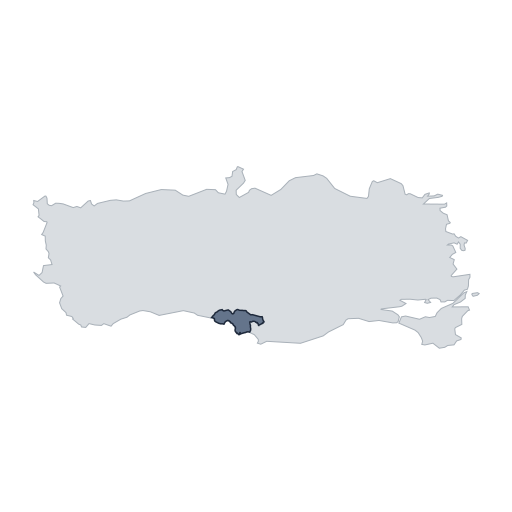 Turkey, with Samsun highlighted, rotated 181°
{"feature_id": "TUR-2296", "entity_name": "Samsun", "entity_type": "Province", "adm_level": 1, "iso_a3": "TUR", "parent_name": "Turkey", "parent_adm1": "", "projection": "robinson", "projection_center": [35.998, 41.292], "detail": "fine", "context": "in_parent", "style": "filled", "palette": "slate", "viewbox_px": 512, "rotation_deg": 181, "n_neighbors": 0, "source": "natural_earth", "source_scale": "10m", "svg_char_len": 5679}
<svg xmlns="http://www.w3.org/2000/svg" viewBox="0 0 512 512"><g transform="rotate(181 256 256)"><path d="M399.7,183.3L407.0,185.7L409.3,183.9L415.9,184.2L421.8,185.5L425.0,181.6L429.2,182.0L430.0,184.0L432.0,184.7L438.3,189.8L437.6,190.4L439.1,192.3L444.4,193.5L445.0,196.1L449.3,199.9L451.6,205.8L450.4,210.0L448.2,212.6L451.8,221.5L450.8,222.6L457.4,225.5L465.4,225.0L468.0,226.3L476.1,233.4L478.1,236.1L472.6,232.8L469.6,235.7L468.3,242.7L459.8,243.9L461.3,248.5L463.6,250.6L463.0,254.8L463.6,256.6L466.1,259.4L465.9,263.2L466.9,267.3L467.1,272.2L470.7,273.7L469.2,275.9L465.5,285.8L465.8,286.6L468.5,286.8L474.6,291.4L473.6,292.9L474.4,299.3L479.8,303.4L479.0,305.5L479.2,307.6L475.4,306.7L468.0,312.3L467.1,312.2L466.0,310.2L465.6,304.6L463.7,303.1L461.3,302.7L457.2,305.3L453.5,305.2L449.7,304.7L439.6,301.2L436.0,302.4L432.1,301.1L424.8,308.0L422.5,308.6L421.3,305.1L418.7,303.2L415.4,305.8L402.6,309.1L396.7,309.7L389.5,308.6L383.5,308.9L367.4,316.6L351.8,320.8L337.9,320.4L330.2,315.6L324.3,314.5L306.5,321.8L297.7,321.6L294.8,318.6L288.1,317.3L286.6,320.2L285.2,327.1L287.6,333.5L283.8,333.9L281.4,335.3L280.8,340.1L277.3,342.0L276.2,344.9L275.5,345.0L270.0,342.6L271.5,340.2L268.1,331.4L269.8,328.6L277.0,321.4L276.8,317.2L273.7,314.2L264.5,319.5L263.7,321.6L261.6,323.2L258.2,323.8L241.9,316.9L232.3,323.0L224.1,331.8L217.9,335.0L199.8,337.5L196.6,339.2L190.4,337.3L186.7,334.9L178.5,324.9L162.8,317.4L146.1,315.5L144.6,317.5L143.9,325.2L141.0,332.5L139.6,333.3L136.0,331.4L123.0,335.7L112.1,330.9L110.3,328.9L108.0,320.4L106.4,319.8L104.7,321.0L102.8,320.9L95.0,317.3L90.8,317.0L88.1,320.6L83.9,322.1L83.8,321.1L85.5,318.8L78.9,319.2L75.4,321.0L70.6,319.9L71.0,318.9L74.9,317.8L83.7,316.5L89.5,310.9L68.4,311.1L66.3,312.4L66.1,309.4L67.4,308.1L72.9,307.0L72.7,304.6L69.4,302.0L65.7,300.6L64.2,294.5L62.4,292.9L62.7,292.1L66.1,291.0L67.0,286.5L66.6,283.8L59.9,281.4L58.3,281.6L56.7,279.2L53.9,277.5L51.5,278.9L44.7,275.3L46.1,272.6L47.8,272.7L48.2,270.6L47.0,267.2L47.1,265.4L48.7,264.9L50.3,265.2L52.0,267.3L52.0,271.3L53.8,273.6L55.1,271.3L58.2,272.6L63.8,271.3L64.9,270.3L60.9,270.4L59.4,269.5L56.3,263.0L59.7,261.1L62.3,257.9L57.7,255.8L58.8,251.4L54.9,246.4L60.5,239.9L60.3,239.0L58.6,238.6L41.8,241.4L41.7,238.5L43.0,236.0L43.1,229.8L44.0,226.5L47.1,225.5L51.1,220.6L57.4,214.9L63.8,215.0L66.4,213.4L70.2,213.3L71.2,215.6L74.5,217.1L80.3,216.9L83.2,215.4L80.6,212.6L83.9,211.7L86.6,212.4L85.1,215.4L85.8,215.7L93.4,214.8L101.3,215.5L110.1,215.2L111.3,214.2L105.2,211.1L109.2,208.4L111.4,207.8L129.8,205.3L130.0,204.7L118.8,203.3L113.1,199.7L111.6,197.7L112.8,192.9L114.1,191.7L118.1,191.5L131.9,193.7L141.8,192.4L152.4,195.5L162.8,194.9L164.9,193.5L167.6,188.9L182.2,181.3L187.4,177.3L210.0,169.5L243.8,170.9L249.7,167.9L253.1,168.9L252.1,170.9L252.3,172.7L256.3,177.3L262.3,180.0L270.7,177.7L273.7,178.6L276.7,185.9L281.9,190.2L284.3,190.5L287.5,188.0L290.5,187.6L295.5,190.1L297.2,192.7L313.4,195.7L316.7,197.9L327.7,200.1L351.8,194.9L360.7,198.4L368.1,199.5L371.3,199.0L381.0,194.9L384.0,192.5L390.0,190.5L397.6,185.9L399.7,183.3ZM88.7,170.5L87.9,173.8L89.3,177.3L92.5,182.2L95.8,184.7L112.0,191.4L109.5,197.7L105.4,198.6L91.4,195.6L85.6,198.2L81.5,197.5L75.7,198.7L74.0,202.4L69.8,206.8L58.3,212.1L47.6,222.7L44.6,224.1L46.1,220.5L46.1,217.3L50.7,213.6L57.2,210.8L58.9,208.5L43.0,208.9L41.6,205.6L43.3,205.0L48.7,199.2L49.3,196.9L49.0,191.2L55.4,187.9L56.0,186.6L55.2,180.9L49.4,177.7L49.6,176.1L53.9,174.6L56.5,170.6L62.7,169.9L65.7,168.0L71.1,167.0L77.6,171.9L85.6,170.0L88.7,170.5ZM39.2,222.3L33.9,223.2L32.2,222.3L34.0,220.6L38.2,219.5L39.5,221.2L39.2,222.3Z" fill="#d9dde1" stroke="#a8b0b8" stroke-width="1"/><path d="M261.0,179.8L261.7,180.0L262.8,180.1L263.8,180.0L264.2,179.8L265.1,179.3L266.5,179.1L269.0,178.2L269.5,178.1L270.1,177.9L271.0,177.2L271.5,177.1L271.5,177.3L271.4,177.5L271.1,177.8L270.9,177.9L270.9,178.3L270.5,179.2L270.6,179.7L270.8,179.0L271.0,178.4L271.3,177.8L271.7,177.5L271.9,177.3L272.0,177.3L273.4,178.5L273.4,178.1L273.6,178.1L275.3,180.2L275.6,181.0L275.6,182.1L275.5,182.4L275.3,182.9L275.3,183.0L275.3,183.9L275.4,184.4L275.6,184.9L276.7,186.0L277.3,186.4L278.0,187.8L278.4,188.1L279.5,188.6L280.2,188.8L280.3,188.9L280.4,189.1L280.4,189.4L280.5,189.8L280.9,190.0L281.2,190.1L281.3,190.2L281.5,190.6L281.9,190.7L282.3,190.8L282.5,191.0L283.0,191.1L283.5,191.0L284.5,190.5L285.7,189.5L285.9,189.2L286.0,189.0L286.3,188.4L286.4,188.2L286.6,187.6L286.8,187.3L287.2,187.3L287.5,187.5L288.0,187.6L290.0,187.6L291.9,188.0L295.3,189.6L296.0,190.2L296.4,191.1L296.4,192.3L296.6,192.8L297.0,193.0L297.4,193.1L298.3,193.6L298.8,193.8L299.2,193.8L297.9,195.5L296.6,196.7L295.7,198.5L293.8,199.5L292.9,200.4L292.6,200.6L291.7,201.1L290.8,201.4L289.8,201.5L289.4,201.7L288.9,201.8L288.4,201.1L287.6,200.6L286.4,200.6L286.1,200.7L285.3,201.0L282.8,201.6L280.3,199.9L279.9,199.3L279.6,198.7L279.0,198.0L278.1,197.7L277.2,198.3L276.8,199.6L276.1,200.7L275.1,201.4L274.2,202.0L273.3,202.2L271.4,201.4L268.4,201.4L267.5,201.2L265.7,201.3L265.0,201.1L264.2,199.9L260.8,197.5L260.1,197.1L258.6,197.3L251.5,195.5L250.6,195.3L248.8,195.4L248.4,194.4L248.3,193.3L248.0,192.3L246.8,190.3L247.2,190.0L247.7,189.8L248.1,189.4L247.9,188.9L248.1,188.7L248.4,188.6L248.9,188.6L249.2,188.5L250.0,187.8L251.2,187.3L251.8,187.0L252.0,186.6L252.3,186.8L252.5,187.3L252.6,187.8L252.7,188.3L252.8,188.5L253.2,188.8L253.9,189.1L253.7,189.5L253.9,189.6L255.0,189.7L255.1,189.8L255.5,190.3L256.3,190.6L257.3,190.7L258.3,190.6L259.0,190.1L259.4,189.9L260.6,190.2L261.1,189.9L260.9,188.2L260.7,187.4L260.4,186.8L260.3,186.1L260.4,185.3L260.3,184.5L260.0,183.1L260.1,181.7L261.0,179.8L261.0,179.8Z" fill="#64748b" stroke="#1e293b" stroke-width="1.5"/></g></svg>